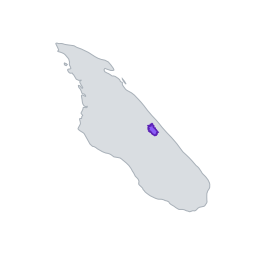 Marolambo, Atsinanana, Madagascar (highlighted), rotated 305°
{"feature_id": "10022922B10629043557873", "entity_name": "Marolambo", "entity_type": "district", "adm_level": 2, "iso_a3": "MDG", "parent_name": "Madagascar", "parent_adm1": "Atsinanana", "projection": "equal_earth", "projection_center": [47.828, -20.084], "detail": "fine", "context": "in_parent", "style": "filled", "palette": "violet", "viewbox_px": 256, "rotation_deg": 305, "n_neighbors": 0, "source": "geoboundaries", "source_scale": "gbopen_adm2", "svg_char_len": 5491}
<svg xmlns="http://www.w3.org/2000/svg" viewBox="0 0 256 256"><g transform="rotate(305 128 128)"><path d="M159.6,26.2L160.1,27.9L160.8,29.5L162.8,33.4L163.6,35.0L164.4,36.6L164.7,39.8L166.0,44.8L167.2,52.2L167.5,59.9L167.9,63.4L168.8,66.7L170.3,70.2L170.8,74.0L169.8,77.9L168.5,81.6L168.1,82.3L167.5,83.2L167.2,83.2L166.1,82.2L165.2,80.7L164.1,77.0L163.7,75.1L163.2,74.8L161.9,75.0L161.0,76.2L160.8,76.9L161.0,79.0L161.4,80.8L161.5,82.7L161.5,85.1L161.9,85.8L162.4,86.4L162.9,88.0L163.0,91.7L162.7,93.6L161.7,95.2L161.8,96.1L162.1,97.0L161.8,97.5L160.6,98.2L160.1,98.8L159.4,100.5L158.3,103.8L158.2,105.5L158.8,110.7L158.6,114.3L157.2,121.3L156.4,124.7L155.3,128.6L153.6,133.9L151.9,140.4L150.5,147.1L149.4,151.2L148.2,155.1L146.5,162.2L145.1,169.3L143.1,177.1L140.2,185.8L139.9,186.9L139.3,191.4L138.7,195.2L137.9,199.0L136.3,205.3L136.2,207.2L135.8,209.1L134.3,213.0L133.6,214.4L133.2,216.0L132.9,218.0L132.5,219.9L131.4,223.3L129.7,226.3L128.6,227.4L126.2,229.0L124.9,229.3L122.2,229.4L119.5,230.2L116.8,232.0L114.1,234.0L113.1,234.9L112.0,235.4L108.5,235.5L107.4,235.1L103.9,231.9L102.5,231.3L99.9,230.9L99.1,230.6L98.4,230.2L97.4,228.5L95.3,227.0L94.8,226.6L94.5,225.6L94.2,224.5L93.7,223.3L93.3,221.0L92.6,219.4L90.6,216.6L90.4,215.7L90.2,212.7L90.3,210.7L90.0,207.0L90.2,205.2L90.9,203.7L90.6,201.9L89.9,200.1L89.6,198.3L89.0,196.6L87.0,193.5L86.5,192.0L86.1,190.5L85.3,185.6L85.2,183.9L85.3,180.3L85.5,178.5L86.0,177.2L86.1,176.3L86.4,175.4L86.9,174.8L87.2,174.0L87.9,169.4L88.9,168.4L90.3,167.8L91.4,166.6L92.1,165.0L92.7,161.6L94.5,158.3L95.1,156.6L96.5,153.9L97.8,150.2L98.1,148.4L98.4,146.6L98.7,142.7L98.9,140.7L98.9,138.8L98.1,136.8L96.3,133.1L96.3,132.5L96.4,129.8L96.2,127.8L95.6,125.9L94.7,124.0L93.9,120.6L93.4,114.9L93.5,112.8L93.3,111.0L92.6,109.3L93.0,106.2L98.3,95.2L98.4,93.9L98.2,90.5L98.3,88.5L98.5,87.8L98.9,87.4L99.8,87.2L104.0,86.7L104.6,86.3L105.6,85.4L107.1,83.6L107.8,83.1L108.4,83.3L108.7,84.0L109.2,84.5L110.9,83.6L111.6,83.6L112.3,83.7L112.6,83.0L112.8,82.0L113.0,81.3L113.5,80.9L115.7,80.6L117.1,80.4L119.0,79.6L119.4,79.8L120.8,82.3L121.3,82.5L121.9,82.6L122.4,82.2L121.2,80.9L121.0,80.1L121.0,79.2L121.7,77.4L122.8,76.0L125.1,73.9L127.6,71.4L128.3,71.3L129.0,71.7L129.4,74.6L129.4,75.0L129.8,75.1L130.2,74.7L130.6,73.6L130.7,72.6L130.3,71.7L130.2,70.9L130.1,70.2L131.4,68.5L132.4,66.8L132.9,64.9L133.3,64.0L134.3,63.0L134.6,63.1L134.8,63.9L135.0,64.8L134.7,65.7L134.3,66.5L134.2,67.7L134.8,67.9L135.3,67.6L136.1,65.6L137.1,63.6L137.6,62.6L138.3,61.9L139.5,62.0L140.6,62.5L138.8,60.4L138.3,57.6L140.5,52.7L140.5,51.7L140.8,51.3L141.0,50.9L139.8,49.3L139.6,48.5L139.8,47.2L140.3,46.1L140.8,45.3L141.5,45.1L142.1,45.5L143.3,46.8L144.1,47.0L145.1,45.7L145.9,44.1L147.1,43.0L148.5,42.3L150.6,39.7L152.0,34.4L152.1,32.8L151.8,30.9L151.3,29.1L150.5,26.8L150.7,26.3L151.9,26.6L152.3,26.3L153.5,24.3L155.6,20.5L156.3,20.5L156.9,21.2L157.1,22.2L157.5,23.0L158.9,24.8L159.6,26.2ZM145.2,41.3L145.2,41.9L143.6,41.6L143.3,39.6L144.1,39.5L144.3,38.7L144.8,38.6L145.3,40.4L145.2,41.3ZM164.2,98.4L162.8,101.3L163.2,98.9L164.8,95.3L165.2,95.0L164.2,98.4Z" fill="#d9dde1" stroke="#a8b0b8" stroke-width="1"/><path d="M137.5,148.8L137.6,149.0L137.6,149.3L137.6,149.5L137.6,149.8L137.6,150.0L137.5,150.3L137.4,150.4L137.4,150.5L137.2,150.6L137.3,150.7L137.3,150.8L137.3,151.0L137.3,151.4L137.2,151.4L137.1,151.6L137.0,151.8L137.1,152.0L137.1,152.3L137.1,152.6L137.2,152.8L137.3,152.9L137.3,153.0L137.1,153.6L137.1,153.8L137.3,153.8L137.4,154.0L137.4,154.3L137.5,154.3L137.8,154.3L138.0,154.5L137.9,154.5L138.0,154.9L138.2,155.0L138.3,155.2L138.5,155.2L138.8,155.2L138.7,155.1L138.8,155.0L139.0,155.1L139.2,154.9L139.3,154.8L139.5,154.6L139.8,154.8L140.0,154.9L140.3,154.8L140.3,154.7L140.5,154.6L140.6,154.3L140.8,154.3L141.0,154.4L141.1,154.5L141.3,154.5L141.5,154.6L141.5,154.8L141.6,155.0L141.8,155.1L141.9,154.8L141.9,154.7L141.9,154.3L141.9,154.1L142.0,154.0L142.1,153.8L142.1,153.7L142.2,153.4L142.3,153.2L142.3,152.9L142.5,152.7L142.6,152.4L142.7,152.2L142.6,151.9L142.6,151.7L142.8,151.4L142.8,151.2L142.9,150.9L143.0,150.8L142.9,150.8L142.9,150.7L143.0,150.5L143.1,150.4L143.0,150.1L143.0,149.9L143.1,149.6L143.1,149.4L143.2,149.1L143.2,148.9L143.3,148.9L143.3,148.7L143.3,148.4L143.4,148.2L143.5,148.1L143.7,147.9L143.8,147.7L144.1,147.6L144.3,147.5L144.5,147.7L144.6,147.2L144.7,146.6L144.6,146.4L144.6,146.2L144.8,146.1L145.0,146.0L145.1,145.8L145.1,145.7L145.3,145.5L145.4,145.4L145.4,145.2L145.2,145.2L145.2,145.4L144.9,145.3L145.0,145.1L144.9,145.0L144.7,145.1L144.5,144.9L144.4,144.8L144.2,144.9L144.3,144.7L144.2,144.6L143.9,144.5L143.8,144.4L143.7,144.5L143.6,144.8L143.4,144.7L143.1,144.9L142.9,144.9L142.8,144.7L142.7,144.6L142.3,144.3L142.3,144.2L142.2,144.2L142.2,144.3L142.0,144.0L141.9,143.9L141.7,143.3L141.6,143.2L141.5,143.6L141.4,144.0L141.4,144.3L141.3,144.2L141.2,144.2L140.9,144.1L140.5,144.0L140.4,144.0L140.2,144.0L140.1,144.3L140.0,144.5L139.9,144.7L139.7,144.6L139.6,144.4L139.6,144.5L139.5,144.4L139.4,144.2L139.4,144.5L139.4,144.9L139.3,145.0L139.5,145.0L139.7,145.3L139.7,145.5L139.6,145.8L139.7,145.7L139.7,145.8L139.6,146.0L139.6,145.9L139.4,145.8L139.2,145.8L139.1,145.6L138.8,145.5L138.6,145.3L138.4,145.6L138.2,145.7L138.2,145.8L138.3,146.0L138.2,146.3L138.0,146.6L137.8,146.9L137.7,146.9L137.4,146.9L137.4,147.0L137.5,147.0L137.7,147.4L137.7,147.5L137.8,147.5L137.8,147.8L138.0,148.0L138.2,148.3L138.1,148.6L138.0,148.8L137.9,148.7L137.7,148.7L137.6,148.8L137.5,148.8Z" fill="#8b5cf6" stroke="#5b21b6" stroke-width="1.5"/></g></svg>